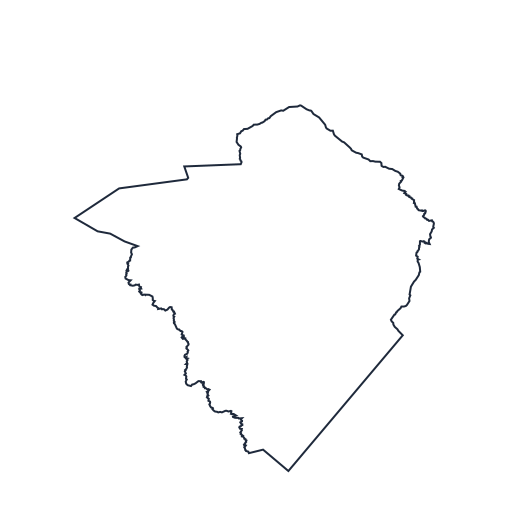 outline of Andalgalá, Catamarca, Argentina, rotated 310°
{"feature_id": "61730980B92024748366562", "entity_name": "Andalgalá", "entity_type": "district", "adm_level": 2, "iso_a3": "ARG", "parent_name": "Argentina", "parent_adm1": "Catamarca", "projection": "orthographic", "projection_center": [-66.355, -27.481], "detail": "fine", "context": "isolated", "style": "outline", "palette": "slate", "viewbox_px": 512, "rotation_deg": 310, "n_neighbors": 0, "source": "geoboundaries", "source_scale": "gbopen_adm2", "svg_char_len": 6164}
<svg xmlns="http://www.w3.org/2000/svg" viewBox="0 0 512 512"><g transform="rotate(310 256 256)"><path d="M168.5,92.6L173.1,118.8L179.4,129.9L182.7,146.0L187.5,159.0L184.6,157.6L183.3,156.3L180.8,156.4L178.4,158.1L177.6,159.8L174.9,160.6L174.5,161.0L173.9,160.7L171.6,162.5L171.0,162.0L169.9,162.2L168.4,161.5L167.9,161.8L167.5,162.5L167.7,162.9L167.2,163.0L166.7,164.5L165.5,164.8L163.9,166.3L163.4,165.8L162.8,165.9L162.6,167.7L162.0,167.6L161.3,166.5L160.9,167.0L159.9,167.3L159.6,168.1L158.6,168.2L158.2,169.0L157.5,169.3L155.9,169.3L154.9,170.6L155.6,173.9L156.8,175.6L153.7,175.4L152.8,176.6L152.9,177.5L153.4,178.1L152.8,178.5L154.0,180.7L155.6,182.0L156.7,182.2L157.8,183.9L158.9,184.7L157.5,186.5L158.2,187.9L157.4,188.3L157.2,189.0L155.6,187.8L154.8,189.4L153.7,189.4L153.6,190.7L154.5,191.6L154.2,192.1L153.1,192.2L152.9,193.4L153.2,194.3L154.1,194.7L155.0,195.7L155.0,196.4L155.5,196.4L157.6,199.1L158.4,202.7L157.4,204.0L155.9,205.2L156.0,206.7L156.4,207.4L153.9,207.5L152.2,208.0L152.3,209.7L153.4,211.6L153.1,213.8L153.3,214.9L152.6,215.2L154.9,217.1L154.7,218.2L155.5,218.8L156.1,219.9L155.9,221.6L158.0,222.6L160.6,222.6L161.7,223.0L162.5,224.3L160.9,225.9L161.1,226.5L160.2,228.6L160.7,228.9L159.7,231.0L158.6,230.5L157.2,231.0L156.6,232.0L156.8,232.4L155.4,232.7L154.8,233.8L153.8,234.4L153.2,236.0L152.4,235.7L151.8,236.3L151.6,237.8L149.5,242.1L149.8,243.9L150.3,244.4L150.0,246.4L150.7,247.3L150.6,248.5L148.1,249.5L148.1,250.3L148.7,251.7L148.1,252.4L147.5,252.5L146.4,251.4L145.8,251.4L145.5,253.3L147.3,254.3L147.5,254.8L146.8,255.2L146.5,257.9L146.2,258.3L146.4,259.2L145.6,260.0L145.3,260.9L144.7,261.3L141.5,261.2L141.2,262.0L140.4,262.2L140.4,263.9L140.1,264.9L138.7,265.1L138.2,265.8L136.9,266.1L134.7,265.1L133.5,265.4L132.7,266.1L132.6,266.6L132.9,267.1L133.9,267.6L132.8,268.1L133.4,269.3L132.4,269.0L132.3,270.4L130.8,270.6L129.8,272.0L128.2,271.8L129.0,273.0L126.9,274.0L126.4,274.7L125.0,275.2L123.2,275.0L123.1,275.6L121.9,275.6L121.0,277.7L119.0,277.6L119.3,278.7L119.0,280.0L117.2,281.1L116.8,281.6L116.9,282.3L114.6,282.9L113.3,284.6L113.1,286.7L114.6,289.8L116.5,289.7L117.7,290.7L119.5,291.5L123.1,292.3L124.7,294.3L124.1,294.8L123.9,295.6L125.7,296.5L125.9,297.2L124.9,297.9L124.3,297.6L123.3,298.0L123.4,298.9L122.7,299.0L122.6,300.2L122.1,300.2L122.4,302.0L122.1,302.1L122.5,302.6L122.5,304.4L123.4,305.0L123.7,306.3L121.4,306.2L120.3,305.7L120.2,306.1L120.8,306.8L120.3,307.1L119.9,306.7L119.1,307.5L118.5,309.2L117.2,308.7L116.9,309.3L116.4,309.3L116.5,309.9L116.1,310.2L116.3,311.6L114.5,312.6L114.9,314.3L114.5,314.9L113.1,315.7L112.4,315.6L111.5,317.4L111.1,318.9L111.8,320.5L111.7,320.9L110.7,321.0L110.4,322.8L110.5,324.5L111.7,326.5L111.9,327.6L113.5,328.7L114.3,330.4L117.8,332.1L118.5,332.9L119.2,334.9L121.2,336.3L121.3,336.9L120.4,337.1L119.9,338.0L119.0,338.3L119.3,339.0L120.6,340.4L121.0,343.3L118.2,341.5L117.9,341.9L118.6,344.0L120.7,346.6L120.5,347.3L122.7,349.5L121.1,349.4L120.5,350.9L120.7,351.3L120.3,351.6L118.5,350.9L117.9,352.6L118.3,353.7L117.8,354.1L117.5,353.6L116.5,353.9L114.7,353.1L114.0,353.3L113.4,354.8L114.4,356.3L113.4,356.8L113.3,357.2L110.8,357.4L110.7,358.4L109.8,358.6L109.9,361.1L109.2,360.7L108.7,361.1L109.4,362.2L109.0,364.1L108.5,364.4L108.9,365.6L108.4,365.9L108.6,367.2L107.4,367.5L107.2,368.0L105.3,367.9L105.1,368.4L104.0,368.1L103.9,368.8L103.4,368.9L104.1,370.0L101.8,370.2L101.8,370.8L100.5,372.5L100.7,372.8L100.2,373.6L101.2,375.9L100.4,377.3L112.2,385.9L112.1,419.0L289.6,419.4L290.2,413.1L290.8,411.4L290.9,407.8L291.8,405.3L293.0,404.1L293.1,402.0L293.9,400.3L300.0,399.7L300.7,400.2L302.9,399.6L303.3,399.9L304.8,399.7L308.9,400.3L310.8,399.9L312.5,401.9L314.0,402.9L315.4,403.1L320.2,402.5L322.0,400.5L325.1,399.5L325.2,398.4L332.1,394.4L338.0,393.5L340.3,393.7L346.0,393.0L348.5,391.7L349.5,391.9L352.8,388.6L355.1,385.1L355.7,383.3L357.3,382.2L357.9,382.7L357.7,381.2L359.4,380.3L359.2,378.4L361.8,376.8L362.7,377.1L363.5,376.6L364.1,376.8L366.0,376.5L366.9,375.7L368.1,375.4L368.5,374.4L370.0,374.3L372.7,372.1L373.2,372.3L374.2,374.4L375.2,375.0L375.4,376.0L374.5,376.5L374.6,377.5L374.8,378.1L375.6,378.1L375.9,379.9L376.8,381.3L377.7,379.4L379.5,378.2L380.2,377.9L382.1,378.3L382.8,378.0L382.9,377.2L384.6,375.3L387.7,374.8L389.5,373.8L391.9,374.1L392.1,373.2L392.6,372.8L395.1,371.5L395.9,370.5L396.1,369.4L395.8,368.7L396.4,367.8L394.1,366.0L394.3,364.5L393.7,363.9L394.1,362.7L393.5,361.4L393.8,360.6L393.5,359.7L393.6,358.8L393.8,358.3L395.4,358.4L396.3,357.8L397.3,358.2L397.6,357.8L399.0,357.6L399.8,356.8L399.8,356.4L399.1,355.7L397.8,355.1L397.4,354.5L397.6,353.8L397.1,353.7L395.6,351.1L396.1,349.6L395.9,349.0L397.0,347.3L396.4,346.6L398.4,344.0L398.1,343.0L398.9,342.8L398.9,342.3L400.4,341.2L400.0,338.7L400.4,338.5L400.1,337.8L400.4,337.0L399.7,335.6L400.4,335.1L399.9,334.2L400.3,333.8L399.4,332.5L399.3,331.6L400.1,331.2L399.5,329.3L401.0,329.3L400.6,328.6L401.4,328.0L400.1,326.0L399.1,322.3L400.9,321.8L401.9,320.1L403.5,319.2L406.1,319.4L406.5,318.7L407.6,319.2L410.7,318.5L410.5,317.7L411.5,317.5L411.6,316.5L411.0,315.6L411.0,314.5L411.8,313.6L411.7,310.5L410.7,308.0L410.2,304.5L408.4,301.8L407.4,297.6L406.2,296.5L405.8,294.8L405.8,294.2L407.8,292.3L407.9,290.4L405.0,286.8L403.9,284.6L402.1,282.6L402.3,280.2L400.3,274.9L400.4,273.4L401.8,271.7L400.4,267.9L399.5,266.4L398.5,261.4L399.2,259.8L399.4,258.0L399.7,250.4L399.0,248.4L398.9,238.9L399.4,237.4L401.4,234.3L399.8,232.5L399.1,228.2L399.4,227.0L401.0,224.6L402.7,215.3L401.7,208.8L402.7,205.2L402.6,204.4L401.9,203.5L400.9,200.4L400.2,193.9L399.7,192.9L397.2,191.7L391.4,185.6L384.8,183.5L383.7,181.7L379.2,179.0L372.6,177.4L370.2,177.6L369.3,176.8L367.4,176.6L366.6,175.7L364.8,175.9L362.2,175.1L361.6,174.5L359.4,173.8L357.5,172.5L355.2,169.9L353.3,169.8L348.0,167.8L345.5,165.2L343.3,165.2L342.2,164.5L339.7,164.9L337.2,163.3L336.2,164.4L334.2,165.4L333.8,165.9L330.9,167.8L329.9,171.1L330.1,174.0L329.7,174.8L327.9,175.2L326.8,175.9L325.9,175.8L324.2,178.2L322.8,178.7L321.1,180.6L320.0,181.1L319.9,181.9L319.1,182.8L319.1,184.0L318.6,184.6L316.5,185.3L278.5,143.5L272.3,153.8L270.3,153.8L219.8,107.7L168.5,92.6Z" fill="none" stroke="#1e293b" stroke-width="2"/></g></svg>